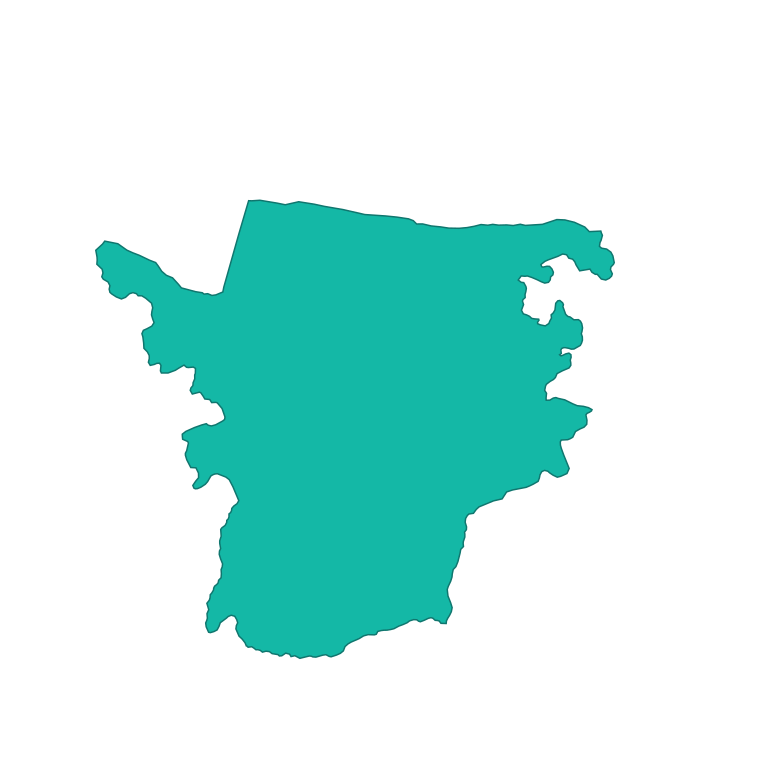 outline of Ashqelon, HaDarom, Israel, rotated 66°
{"feature_id": "584046B11408100439208", "entity_name": "Ashqelon", "entity_type": "district", "adm_level": 2, "iso_a3": "ISR", "parent_name": "Israel", "parent_adm1": "HaDarom", "projection": "orthographic", "projection_center": [34.744, 31.637], "detail": "fine", "context": "isolated", "style": "filled", "palette": "teal", "viewbox_px": 768, "rotation_deg": 66, "n_neighbors": 0, "source": "geoboundaries", "source_scale": "gbopen_adm2", "svg_char_len": 6170}
<svg xmlns="http://www.w3.org/2000/svg" viewBox="0 0 768 768"><g transform="rotate(66 384 384)"><path d="M567.2,616.3L567.3,616.0L569.2,615.2L570.2,611.7L572.3,610.3L574.7,609.1L575.4,607.3L577.0,605.4L579.5,604.1L580.1,600.5L581.9,597.5L584.8,595.9L588.1,590.9L589.9,590.2L590.7,587.9L589.9,583.3L592.4,580.1L595.2,579.8L596.0,575.9L600.4,572.4L602.1,562.9L603.1,561.1L604.3,560.1L605.8,557.3L606.8,550.2L607.7,547.1L610.5,544.9L611.7,543.3L612.3,537.7L612.3,533.4L611.3,529.7L608.0,526.4L606.8,522.6L606.4,519.0L606.5,510.3L605.8,505.1L606.5,500.5L609.2,494.9L609.5,492.9L607.5,490.3L608.1,486.8L608.9,484.2L610.1,481.3L611.0,477.8L611.6,474.4L611.2,468.9L611.5,464.4L611.5,459.8L610.8,457.0L611.3,452.8L612.7,450.0L614.7,448.9L616.0,447.5L616.2,443.4L616.1,438.7L616.6,436.1L617.9,434.6L620.7,433.4L621.7,431.5L622.9,430.0L625.8,429.3L628.1,424.6L625.8,423.3L623.8,420.9L622.1,418.3L619.4,415.1L616.0,412.7L611.0,412.1L603.7,411.8L597.4,409.8L595.0,407.6L591.2,403.2L588.0,400.4L585.3,398.9L581.6,396.2L580.1,392.6L576.3,388.7L569.3,383.2L566.3,381.2L564.8,377.5L561.8,376.5L560.2,375.6L556.7,372.4L554.0,371.2L552.1,370.7L550.6,368.0L548.1,366.7L543.3,366.1L540.0,364.1L538.0,361.3L537.3,359.3L538.5,354.9L536.1,350.7L534.9,347.1L535.3,331.5L537.0,322.8L532.5,315.9L533.1,309.6L536.2,296.2L536.3,292.9L536.2,288.5L535.6,282.8L533.1,280.3L530.4,278.4L528.2,275.5L528.2,272.5L530.3,269.8L532.4,268.9L536.1,266.6L539.6,263.6L540.2,260.2L540.2,253.3L536.5,249.2L521.9,248.7L514.9,248.2L511.6,247.7L508.6,246.5L507.3,244.9L509.6,238.8L509.7,236.0L509.4,233.2L505.3,228.4L504.8,223.4L504.8,218.8L503.3,215.2L499.6,213.3L494.3,212.1L493.4,210.4L493.4,207.9L493.0,205.4L492.0,204.4L488.8,206.8L485.6,210.8L482.4,216.3L478.9,219.6L472.0,225.3L468.0,230.7L466.3,232.5L465.7,235.1L466.2,239.1L464.8,242.4L462.8,241.7L458.6,239.3L455.2,239.8L451.5,237.2L450.3,235.7L449.2,231.3L448.8,227.3L447.8,224.8L444.9,221.7L444.5,215.7L444.6,208.4L442.9,205.7L440.7,204.8L437.9,204.1L435.7,202.2L433.2,201.3L431.0,202.5L430.4,205.7L430.5,209.1L430.3,210.9L428.7,211.7L428.2,209.6L424.8,208.6L423.8,207.1L423.9,205.0L424.6,203.5L426.6,200.6L428.3,198.8L429.3,196.2L428.6,189.0L427.0,186.9L424.7,184.9L421.5,183.6L418.3,183.3L416.7,181.9L413.5,179.8L409.4,178.8L406.5,179.0L404.3,180.2L402.6,184.4L398.5,186.7L397.0,188.6L394.2,189.7L386.1,189.1L384.5,187.8L382.4,187.8L379.2,189.4L378.7,191.4L380.1,194.3L385.9,197.7L387.9,200.5L388.8,203.2L391.9,204.2L394.0,207.0L395.8,208.8L396.5,213.0L393.5,217.2L391.4,219.1L389.9,218.5L388.8,216.5L387.7,216.3L385.8,219.9L384.1,222.4L381.4,223.5L378.9,225.6L376.6,228.2L372.5,228.4L368.2,224.2L364.6,223.8L363.4,222.7L362.5,219.9L359.7,218.8L357.2,216.8L354.6,215.1L352.6,214.7L348.2,215.1L346.9,217.3L343.6,219.1L341.1,214.7L342.9,211.4L343.6,209.1L346.8,205.6L351.1,201.6L354.6,198.7L357.2,196.1L358.0,192.4L356.5,189.8L353.9,188.2L353.0,185.3L350.8,183.8L347.1,183.8L343.9,184.9L342.7,187.2L341.9,191.2L341.0,192.2L338.7,192.1L337.4,187.0L337.4,183.3L338.1,173.2L337.9,167.9L340.2,164.6L344.2,164.0L346.7,160.9L350.0,160.0L353.3,160.1L360.2,159.2L362.8,149.1L366.5,148.6L369.7,146.4L370.5,144.6L376.5,142.8L379.2,139.1L379.1,135.2L378.0,132.2L376.2,130.6L371.6,130.6L369.4,129.1L368.0,125.7L366.8,124.3L360.1,122.8L355.8,123.1L351.3,125.7L348.4,130.0L345.9,131.2L342.7,129.2L341.0,127.2L337.0,124.0L334.4,124.0L332.5,123.7L328.3,134.5L322.3,136.7L313.7,144.3L307.7,152.0L304.1,159.2L302.6,174.3L296.6,190.4L293.5,194.5L291.8,201.5L288.6,207.2L285.5,214.7L282.4,219.7L281.2,224.5L277.8,230.5L276.6,237.5L274.9,244.5L272.3,252.1L267.9,261.5L263.6,268.2L258.8,276.6L253.5,283.6L251.1,289.1L246.7,290.8L243.1,294.4L236.8,304.3L231.3,313.9L221.4,332.6L207.9,350.6L197.5,366.2L191.3,374.7L182.8,387.8L180.1,401.3L175.2,408.2L165.7,422.6L162.9,430.2L161.5,433.1L187.8,455.5L230.4,491.0L234.4,493.8L234.2,501.4L233.1,505.2L229.8,508.3L228.7,511.8L226.7,512.9L223.1,518.5L213.8,530.0L209.4,531.2L201.0,534.0L196.2,538.6L190.7,541.2L184.2,542.3L180.2,543.2L175.7,547.7L166.9,555.2L162.0,560.1L157.2,564.4L147.6,570.1L139.9,581.0L141.7,584.2L144.6,592.9L151.2,594.5L154.1,595.6L157.8,597.6L164.5,594.8L168.3,595.6L171.3,598.2L174.1,597.8L178.5,594.6L182.7,594.4L185.6,596.5L188.8,597.1L191.0,596.1L195.6,593.1L199.5,589.3L199.7,584.9L198.0,579.8L198.4,576.2L200.8,573.4L203.4,572.7L204.9,569.4L208.7,566.8L215.6,563.5L220.3,564.3L223.3,566.5L226.3,568.3L230.8,568.9L234.4,569.1L236.7,572.6L237.1,578.2L237.1,582.0L239.6,584.7L242.8,585.1L248.8,586.9L253.8,588.8L258.4,587.1L262.5,586.9L265.3,588.1L268.3,590.4L271.9,590.0L272.7,585.9L272.7,583.2L273.7,580.6L276.3,580.2L281.1,582.9L283.4,582.9L286.1,576.8L286.6,569.0L286.0,565.0L285.4,559.0L288.4,557.6L289.4,556.0L291.0,551.3L293.1,549.9L297.5,552.0L298.8,553.3L302.3,554.8L305.2,557.9L307.7,559.2L309.1,562.0L311.0,563.6L315.2,563.2L316.4,555.9L317.6,554.9L321.9,554.1L324.8,553.8L327.3,549.5L330.9,549.0L332.3,545.3L333.3,544.0L340.6,541.9L349.5,542.7L351.6,544.1L352.2,546.5L352.8,554.4L352.1,558.8L350.2,561.3L348.0,562.5L347.3,567.0L346.7,574.7L346.7,584.3L347.8,588.7L350.1,589.6L352.6,590.4L356.7,586.7L358.4,586.7L364.7,591.4L366.5,593.6L368.3,594.4L373.0,595.0L381.7,594.5L384.1,589.9L389.9,589.7L394.2,591.5L396.2,595.6L398.9,599.9L401.8,600.0L403.0,599.0L403.7,597.0L403.8,593.3L402.9,588.0L401.4,584.8L397.6,579.6L397.3,577.4L397.4,575.2L398.2,572.7L404.7,566.3L408.4,564.3L416.5,563.8L431.5,564.1L433.6,567.0L434.4,570.9L435.7,573.6L437.8,574.9L439.1,576.5L439.6,578.4L442.4,579.7L444.0,581.3L444.6,583.1L446.6,584.1L448.6,586.7L449.4,590.5L450.4,592.3L456.9,594.7L460.5,597.9L462.8,598.9L468.0,600.2L469.6,602.2L472.6,603.8L477.3,604.4L482.6,604.6L485.3,606.2L487.3,608.3L491.1,609.7L494.7,611.6L496.0,614.9L497.5,615.9L498.5,616.8L499.2,618.6L499.8,621.0L501.2,622.6L502.9,623.6L504.9,626.4L505.8,628.4L508.6,629.9L510.5,631.6L512.3,635.0L518.9,635.9L521.8,639.1L526.1,640.6L527.9,642.1L529.8,644.1L533.5,645.2L539.4,645.2L540.5,643.8L541.0,640.1L540.8,636.5L538.2,633.2L535.5,630.7L533.8,623.2L533.0,620.9L533.1,617.6L535.5,614.8L539.4,614.4L542.7,614.8L544.6,617.1L547.5,618.9L555.4,619.0L559.1,617.4L563.8,616.2L567.2,616.3Z" fill="#14b8a6" stroke="#0f766e" stroke-width="1.5"/></g></svg>